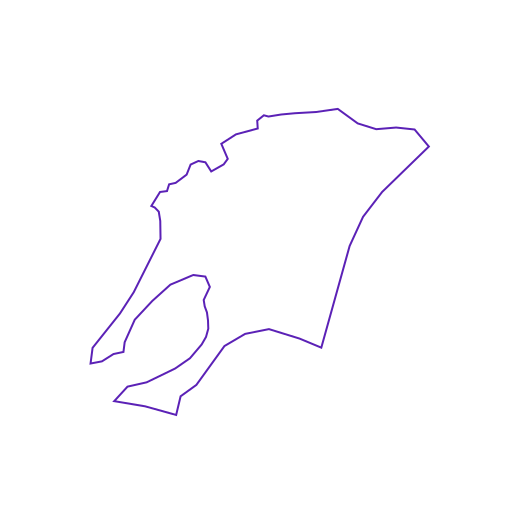 outline of Rizal, rotated 48°
{"feature_id": "PHL-2567", "entity_name": "Rizal", "entity_type": "Province", "adm_level": 1, "iso_a3": "PHL", "parent_name": "Philippines", "parent_adm1": "", "projection": "albers", "projection_center": [121.246, 14.591], "detail": "fine", "context": "isolated", "style": "outline", "palette": "violet", "viewbox_px": 512, "rotation_deg": 48, "n_neighbors": 0, "source": "natural_earth", "source_scale": "10m", "svg_char_len": 998}
<svg xmlns="http://www.w3.org/2000/svg" viewBox="0 0 512 512"><g transform="rotate(48 256 256)"><path d="M290.3,54.3L292.8,119.4L298.5,150.2L311.2,179.7L367.8,268.8L346.5,278.9L319.0,295.3L306.6,316.2L301.8,339.7L311.9,386.6L309.8,405.9L320.7,421.7L293.5,439.0L269.0,458.5L267.1,438.9L276.7,421.8L285.5,391.4L287.8,373.5L285.4,355.6L282.7,347.3L278.1,340.1L271.8,334.8L265.1,330.2L259.1,327.8L253.7,324.3L248.1,311.0L237.4,307.4L228.1,315.4L220.0,338.8L220.0,363.1L222.2,388.7L232.2,411.3L238.6,418.7L233.5,427.5L231.2,441.0L225.2,450.9L214.9,438.9L207.7,395.6L201.1,371.1L179.4,315.5L165.9,303.7L158.0,298.6L152.2,298.8L148.8,300.3L144.2,284.5L148.2,278.7L144.6,272.6L147.9,266.8L149.1,253.1L144.3,243.4L146.8,235.3L152.5,230.9L163.2,232.7L166.3,218.7L164.9,212.0L149.4,206.7L152.2,189.5L162.4,169.4L156.2,164.5L156.7,156.0L160.7,153.4L167.7,142.6L175.9,131.6L189.2,115.0L201.4,96.8L225.5,91.7L242.2,81.8L254.3,65.9L268.1,53.5L290.3,54.3Z" fill="none" stroke="#5b21b6" stroke-width="2"/></g></svg>